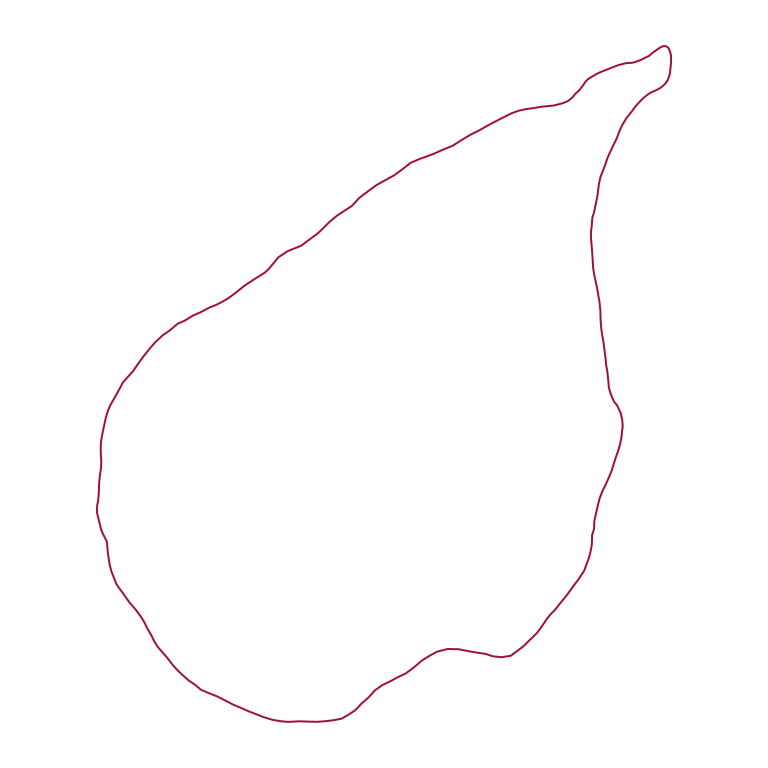 Hadhdhunmathee, Maldives (Natural Earth projection)
{"feature_id": "70690204B84265710008928", "entity_name": "Hadhdhunmathee", "entity_type": "district", "adm_level": 2, "iso_a3": "MDV", "parent_name": "Maldives", "parent_adm1": "", "projection": "natural_earth1", "projection_center": [73.435, 1.956], "detail": "fine", "context": "isolated", "style": "outline", "palette": "rose", "viewbox_px": 768, "rotation_deg": 0, "n_neighbors": 0, "source": "geoboundaries", "source_scale": "gbopen_adm2", "svg_char_len": 3307}
<svg xmlns="http://www.w3.org/2000/svg" viewBox="0 0 768 768"><path d="M287.9,721.9L299.1,721.3L307.9,721.6L316.8,721.8L324.4,721.3L333.0,720.3L341.8,718.6L349.3,714.2L355.4,710.1L361.8,703.3L368.4,697.6L375.0,690.3L382.1,685.2L391.4,680.7L397.4,677.4L405.8,673.4L413.5,667.7L422.0,660.5L428.7,656.3L436.7,651.8L447.6,649.0L458.5,649.2L467.6,651.0L475.5,652.4L485.4,653.9L492.9,656.3L501.6,657.2L510.7,655.8L523.0,646.6L537.1,632.8L542.2,625.8L546.7,619.1L550.6,614.3L555.8,608.9L559.8,603.7L566.9,595.1L572.4,587.4L578.3,579.6L584.1,570.9L588.7,558.5L590.4,552.3L591.8,544.9L592.1,535.1L594.1,528.9L594.3,521.5L595.4,516.2L597.2,508.1L599.5,498.7L602.4,491.2L606.1,483.7L609.4,476.2L611.5,471.1L613.2,465.6L615.8,457.4L617.8,451.9L620.1,444.2L621.6,436.3L622.1,430.6L622.7,426.7L622.3,420.3L620.8,413.4L617.0,405.2L614.1,401.8L611.2,395.3L608.9,387.8L608.1,378.6L607.2,370.7L606.1,365.0L605.6,358.8L604.3,348.7L603.5,342.2L602.2,335.1L601.2,327.9L600.6,319.9L600.4,310.8L599.5,302.1L598.8,298.2L597.2,288.5L594.3,275.2L593.1,267.4L592.7,260.5L592.0,249.7L591.1,239.6L590.9,232.3L591.6,227.1L592.4,217.4L594.0,212.6L595.6,204.6L597.4,196.2L598.8,184.8L600.3,177.4L602.5,171.9L605.4,164.2L607.9,156.9L611.6,149.0L614.3,143.3L616.9,138.0L619.8,130.3L622.3,125.0L626.3,118.3L629.9,113.8L632.5,110.5L635.2,106.7L638.5,103.0L641.8,99.6L644.7,96.9L648.9,93.7L652.7,91.7L656.4,90.1L660.0,88.1L662.5,86.2L665.3,83.7L667.7,80.2L669.0,76.7L670.0,73.3L670.5,67.6L671.0,63.6L671.1,59.2L671.0,55.7L670.5,53.3L669.6,50.6L669.0,49.0L667.9,47.4L666.2,46.3L664.3,46.1L662.3,46.4L660.4,47.4L658.4,48.7L655.4,50.8L652.7,52.6L649.2,55.8L643.1,58.8L638.5,60.9L632.8,62.7L625.8,63.2L618.4,65.1L611.8,67.6L603.3,71.0L598.2,73.1L592.5,76.3L587.8,79.3L585.5,81.7L582.6,85.9L579.1,90.5L575.6,93.5L572.5,97.3L568.0,101.1L562.7,103.2L558.7,104.3L553.8,105.5L540.2,106.9L533.7,108.1L526.5,109.0L518.7,110.7L512.0,113.1L505.1,116.5L495.9,121.2L487.0,125.9L479.5,130.2L470.9,134.5L461.7,140.0L452.5,145.8L442.6,149.8L434.4,153.5L427.9,156.0L419.7,158.9L410.6,162.8L403.8,168.2L394.0,175.4L384.8,180.4L376.6,185.0L368.9,190.6L359.4,197.8L351.9,205.9L345.6,210.0L337.3,215.4L329.8,221.6L324.0,227.4L318.0,233.2L312.3,237.4L305.3,242.6L301.6,245.5L297.1,247.4L293.1,248.9L287.2,251.4L278.5,257.2L273.9,262.8L268.8,268.9L265.1,272.4L260.5,275.3L254.8,278.9L244.2,285.9L235.4,293.0L227.3,298.9L222.7,301.5L216.4,304.8L209.9,307.3L201.1,312.0L192.7,315.7L185.0,320.5L177.6,323.8L169.5,330.6L162.8,335.2L155.6,341.9L150.2,348.0L143.4,356.5L137.9,364.1L132.7,371.6L129.3,375.3L122.9,382.4L119.6,388.7L114.8,397.4L110.3,405.2L108.1,410.2L105.9,417.4L103.8,427.0L102.1,435.2L101.0,441.9L100.7,447.7L100.9,455.3L101.3,460.8L101.0,468.2L99.8,476.3L99.1,483.7L98.9,491.1L98.3,499.7L96.9,507.1L97.1,513.1L101.1,529.4L102.7,533.4L106.8,541.4L107.9,552.8L108.7,558.5L109.7,564.9L111.3,571.0L113.7,577.3L116.3,583.8L118.7,587.5L122.5,592.6L126.8,598.7L129.8,602.9L135.1,608.9L140.2,615.7L143.8,621.4L146.4,626.5L147.7,629.1L151.4,635.4L154.2,641.3L158.1,647.3L162.5,652.4L166.9,657.4L170.2,661.7L173.0,665.3L178.0,670.8L183.5,675.9L188.5,680.3L195.7,685.3L200.7,689.6L208.0,692.8L217.4,696.5L226.4,701.1L233.3,704.7L241.3,708.0L249.8,711.8L256.5,714.3L263.8,717.2L272.9,719.9L280.5,721.2L287.9,721.9Z" fill="none" stroke="#9f1239" stroke-width="2"/></svg>